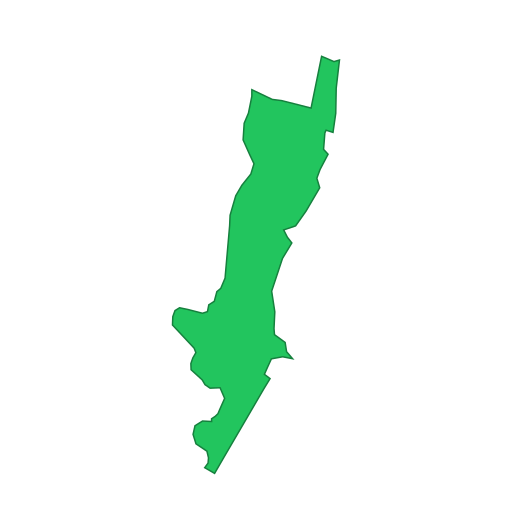 Vlahita, Harghita, Romania, rotated 207°
{"feature_id": "2599482B79706795726804", "entity_name": "Vlahita", "entity_type": "district", "adm_level": 2, "iso_a3": "ROU", "parent_name": "Romania", "parent_adm1": "Harghita", "projection": "natural_earth1", "projection_center": [25.507, 46.304], "detail": "fine", "context": "isolated", "style": "filled", "palette": "green", "viewbox_px": 512, "rotation_deg": 207, "n_neighbors": 0, "source": "geoboundaries", "source_scale": "gbopen_adm2", "svg_char_len": 1306}
<svg xmlns="http://www.w3.org/2000/svg" viewBox="0 0 512 512"><g transform="rotate(207 256 256)"><path d="M219.3,114.9L218.6,102.1L218.3,98.2L219.5,94.7L221.7,90.8L220.4,88.4L228.7,84.7L233.3,77.1L231.1,68.5L227.6,64.9L224.2,61.4L211.1,59.8L206.7,54.6L204.7,49.7L205.6,44.1L194.2,43.5L193.7,53.0L193.2,62.4L191.2,97.2L188.7,141.5L187.8,153.1L194.8,154.4L195.2,161.5L195.6,171.3L193.2,173.2L186.5,178.3L176.8,181.1L185.3,184.6L190.8,192.2L203.8,194.3L207.0,199.5L213.9,214.8L226.1,231.8L231.3,265.9L230.0,283.9L236.6,287.0L243.2,291.8L234.4,300.8L231.8,318.7L230.2,345.7L237.1,352.9L238.2,362.2L238.0,379.4L244.2,381.7L250.5,396.9L250.7,399.9L243.5,401.1L249.7,419.3L260.7,441.9L270.6,468.5L274.8,464.6L282.9,464.1L288.2,463.7L274.1,412.8L303.7,406.1L312.6,402.9L335.2,402.3L332.2,396.4L327.6,379.9L326.8,368.9L320.2,353.6L307.7,343.5L299.7,337.3L297.8,326.7L300.7,312.7L301.4,300.5L299.5,290.5L297.6,280.6L293.2,270.9L275.7,227.6L273.5,222.2L272.7,211.2L273.7,208.8L274.7,206.5L272.6,196.7L275.9,191.1L274.0,184.4L277.7,180.7L292.5,177.4L296.5,176.3L300.6,175.2L303.4,170.6L302.6,164.2L299.1,156.6L294.1,154.8L278.1,149.0L269.3,145.8L265.7,142.6L266.0,136.5L265.2,130.6L262.2,125.2L247.7,121.2L243.0,118.2L236.9,117.4L228.2,122.3L219.3,114.9Z" fill="#22c55e" stroke="#15803d" stroke-width="1.5"/></g></svg>